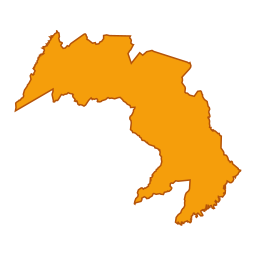 Nossa Senhora do Livramento, Mato Grosso, Brazil
{"feature_id": "56859067B77677345991641", "entity_name": "Nossa Senhora do Livramento", "entity_type": "district", "adm_level": 2, "iso_a3": "BRA", "parent_name": "Brazil", "parent_adm1": "Mato Grosso", "projection": "natural_earth1", "projection_center": [-56.488, -15.933], "detail": "fine", "context": "isolated", "style": "filled", "palette": "amber", "viewbox_px": 256, "rotation_deg": 0, "n_neighbors": 0, "source": "geoboundaries", "source_scale": "gbopen_adm2", "svg_char_len": 5801}
<svg xmlns="http://www.w3.org/2000/svg" viewBox="0 0 256 256"><path d="M225.1,185.9L226.2,183.4L226.9,182.9L227.2,181.0L230.0,182.7L231.3,182.6L232.7,181.5L233.8,179.3L233.2,176.9L234.5,176.5L235.4,177.6L235.9,175.8L237.8,174.5L238.8,172.3L240.5,170.9L240.6,170.3L238.9,169.8L238.2,169.2L238.2,168.5L232.6,163.8L232.3,162.0L231.9,161.5L231.3,161.3L230.2,162.3L229.6,161.2L228.5,160.4L227.7,157.5L226.9,156.1L226.2,155.3L223.9,154.7L223.8,152.5L223.4,151.5L221.0,148.0L221.3,136.1L219.9,135.4L219.1,133.4L218.1,133.6L215.2,131.0L214.0,130.8L213.6,130.1L212.9,131.0L212.2,130.6L212.2,129.9L211.7,129.9L210.8,129.1L211.0,127.5L209.6,127.4L209.8,125.3L209.4,124.0L209.6,121.0L208.9,118.7L208.0,117.8L208.3,117.0L208.9,117.4L209.6,117.0L209.9,116.5L209.7,115.1L208.8,112.4L208.9,111.1L209.7,109.2L209.3,107.6L208.1,106.2L207.1,101.5L204.4,99.5L203.0,97.3L202.6,96.4L202.5,94.5L201.9,93.9L201.5,92.1L201.0,91.2L200.4,90.9L197.7,91.3L194.2,96.3L189.5,95.1L187.5,93.2L185.8,93.0L184.9,92.1L185.3,88.5L185.0,87.0L181.9,82.7L182.5,80.3L182.3,78.0L181.9,77.3L189.7,68.7L190.7,67.1L190.9,65.7L189.9,62.6L189.0,63.3L187.3,62.2L153.3,51.3L152.6,50.6L151.7,50.5L146.7,51.7L142.7,55.2L139.7,52.7L131.3,63.3L128.0,53.6L129.7,50.7L130.7,49.8L133.4,44.7L132.6,44.6L130.9,43.1L131.3,40.3L130.6,38.8L129.9,38.3L129.8,37.2L130.4,36.0L109.5,35.6L106.7,34.9L103.6,35.5L103.6,38.7L101.6,41.4L100.0,41.9L99.1,43.5L98.6,43.8L96.0,44.3L95.3,42.6L92.5,43.2L88.4,40.0L87.0,39.4L87.1,37.2L86.3,36.0L85.9,34.5L85.1,33.9L83.9,34.3L70.8,43.6L68.8,46.4L67.3,45.7L65.3,48.0L63.2,48.4L60.9,45.7L61.1,44.7L62.2,43.3L62.1,42.7L59.7,41.7L58.7,38.2L59.4,36.8L58.9,33.0L57.7,32.4L57.2,31.2L56.7,31.0L56.7,32.8L55.0,33.6L53.2,35.8L52.3,35.8L52.4,36.6L51.4,36.2L51.7,37.3L49.9,37.0L51.1,38.5L50.6,39.0L50.8,39.6L49.7,40.9L48.7,41.0L49.3,42.0L49.1,42.7L48.2,42.6L47.8,43.1L48.0,44.0L46.4,44.0L47.2,45.6L45.8,46.0L45.3,46.6L43.3,46.7L43.7,47.7L42.3,48.1L44.1,49.1L44.4,50.6L43.4,52.2L43.9,53.4L42.9,54.2L42.4,53.9L42.3,54.5L41.1,54.2L40.4,54.5L40.7,55.5L39.5,55.5L39.6,56.7L38.6,57.2L38.8,57.7L38.1,57.9L38.0,58.6L38.4,59.2L37.0,61.1L37.3,62.3L36.8,63.0L36.0,63.1L36.0,64.1L35.1,64.7L35.2,65.4L34.6,66.0L34.7,66.8L33.8,67.3L34.1,67.9L33.2,68.5L35.1,70.8L33.8,73.3L33.9,74.2L33.0,75.0L32.4,74.7L31.9,74.0L31.3,73.9L30.2,75.8L31.0,79.4L28.8,83.5L27.4,85.1L27.4,85.9L24.5,90.1L23.3,94.3L23.7,95.9L23.2,97.1L22.7,97.8L21.5,98.2L20.4,100.0L19.1,100.2L18.9,100.7L17.1,101.8L15.7,103.1L16.0,107.6L15.4,110.9L53.0,89.0L53.0,91.5L52.1,94.1L52.2,95.2L53.4,100.7L53.3,101.7L53.9,102.0L54.7,101.8L55.0,101.1L56.1,100.3L57.0,100.6L58.0,100.0L61.4,94.5L63.4,95.1L64.6,94.3L66.8,94.0L68.2,92.7L69.7,93.4L72.6,94.0L73.2,94.8L72.7,95.2L72.9,96.8L75.1,99.4L74.5,101.0L75.9,101.5L76.3,100.9L77.0,101.1L78.0,104.3L79.2,105.1L79.7,104.6L82.0,105.0L84.0,106.1L85.6,105.0L88.6,100.4L91.1,97.9L92.2,99.5L92.8,98.9L94.3,99.3L96.3,98.6L96.9,98.8L97.7,100.0L97.3,101.4L98.0,101.9L98.7,101.6L99.8,101.9L101.3,101.4L101.7,100.8L105.7,99.5L107.8,97.6L108.4,97.6L109.4,98.4L111.7,98.1L114.7,98.8L118.3,97.6L120.2,97.4L122.6,99.7L123.4,101.0L125.8,102.5L127.3,104.2L130.1,105.5L130.6,107.5L134.9,107.3L134.6,108.7L133.5,109.9L133.4,111.7L132.4,113.8L131.5,115.4L130.3,116.3L129.8,117.9L130.0,119.3L131.0,120.6L131.3,122.9L130.5,129.6L132.2,131.1L132.8,132.6L134.1,132.6L135.7,133.4L138.2,135.6L139.3,135.6L139.7,137.0L141.0,137.8L142.1,140.3L144.4,140.6L146.7,142.7L147.4,142.5L147.5,143.2L149.2,144.6L153.8,146.1L154.4,146.4L155.0,147.9L156.9,148.3L159.6,149.9L159.2,150.5L159.9,150.9L160.1,152.5L159.8,154.7L161.5,156.8L161.3,158.7L161.8,161.7L160.8,165.4L159.0,167.3L158.3,167.5L157.6,169.0L156.4,169.4L156.0,171.1L154.7,171.8L152.2,174.9L152.2,175.8L152.7,175.9L152.2,176.8L151.6,177.7L150.4,177.8L150.3,179.2L151.0,179.8L150.8,180.7L150.2,180.6L149.9,183.5L148.4,184.6L148.5,186.1L145.4,188.2L144.7,188.0L143.3,189.1L142.3,188.0L141.2,187.9L138.4,189.9L137.4,192.8L138.2,194.6L137.8,196.6L135.8,198.6L134.8,201.4L134.4,203.7L134.9,204.1L135.1,203.3L136.0,202.7L141.0,201.4L141.9,199.7L141.8,198.2L144.3,196.7L146.2,197.8L146.7,198.6L148.9,198.3L149.3,197.7L152.2,195.9L153.2,193.7L153.9,193.5L156.1,194.3L160.0,193.6L160.8,194.2L163.4,194.5L164.4,192.3L167.1,191.7L167.5,191.1L168.3,191.4L169.2,191.2L171.0,189.7L171.7,188.4L171.7,187.7L170.1,186.1L170.4,183.6L171.3,183.0L173.0,183.3L175.7,180.8L178.1,181.2L190.1,180.0L189.5,189.0L188.7,190.7L186.2,193.0L185.4,194.8L184.7,197.9L184.4,199.5L185.0,200.8L184.6,202.4L184.7,205.7L183.6,208.0L182.8,208.5L181.6,210.3L180.7,212.8L178.2,214.7L176.2,217.4L175.5,222.2L177.4,223.6L178.1,222.3L178.5,222.9L178.3,223.8L179.7,223.5L180.4,224.6L181.6,225.0L181.8,224.3L181.4,222.2L181.9,222.0L183.2,223.4L183.8,223.4L184.2,222.2L187.2,220.9L187.6,221.9L188.5,221.7L190.1,222.7L191.0,222.0L191.2,221.4L190.9,220.8L191.5,219.8L190.7,219.2L191.0,218.5L191.6,218.1L191.4,216.3L192.6,215.4L193.4,213.3L194.1,213.1L194.7,214.3L195.9,214.3L196.4,214.8L195.9,216.7L196.4,217.3L197.4,216.3L196.8,214.2L197.9,213.1L200.8,215.9L202.6,215.7L202.9,215.2L200.9,211.7L200.9,210.9L202.5,209.8L203.1,210.7L204.4,211.1L203.9,209.6L204.6,209.4L205.1,210.1L205.9,210.1L206.4,209.6L205.7,209.1L206.4,205.1L206.9,205.2L206.9,208.3L207.3,208.7L208.1,208.7L208.5,208.1L208.6,206.3L209.4,207.6L209.9,207.4L210.0,206.3L210.3,205.7L211.3,205.5L212.1,207.9L213.5,208.7L214.4,208.2L213.5,207.1L214.0,204.8L214.5,204.5L215.4,205.3L216.5,205.0L216.5,203.4L215.1,201.4L215.6,200.6L217.1,202.0L218.5,202.0L219.7,200.4L219.7,199.8L219.1,199.9L219.1,199.2L219.8,198.9L218.6,198.0L218.3,197.3L218.4,196.4L219.5,197.0L221.8,196.6L222.6,197.0L224.7,194.2L223.7,193.2L224.1,192.8L225.2,193.0L225.4,190.0L223.5,188.4L224.0,185.7L224.8,185.2L225.1,185.9ZM225.1,185.9L224.6,187.8L225.4,188.1L225.4,186.5L225.1,185.9Z" fill="#f59e0b" stroke="#b45309" stroke-width="1.5"/></svg>